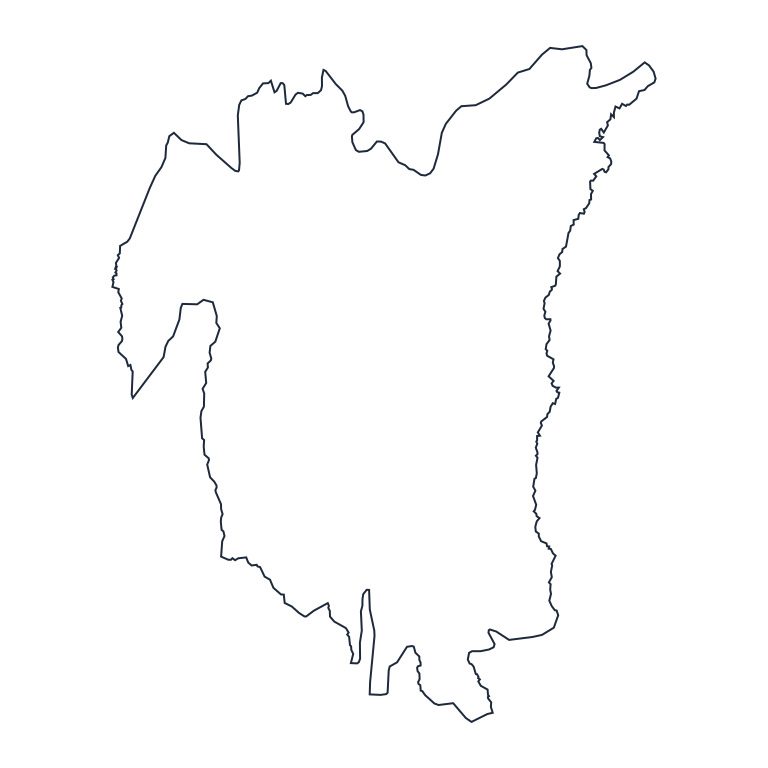 Kenge, Bandundu, Democratic Republic of the Congo (Robinson projection)
{"feature_id": "63176286B18264844623742", "entity_name": "Kenge", "entity_type": "district", "adm_level": 2, "iso_a3": "COD", "parent_name": "Democratic Republic of the Congo", "parent_adm1": "Bandundu", "projection": "robinson", "projection_center": [16.889, -5.103], "detail": "fine", "context": "isolated", "style": "outline", "palette": "slate", "viewbox_px": 768, "rotation_deg": 0, "n_neighbors": 0, "source": "geoboundaries", "source_scale": "gbopen_adm2", "svg_char_len": 6068}
<svg xmlns="http://www.w3.org/2000/svg" viewBox="0 0 768 768"><path d="M206.5,144.2L189.2,143.3L181.5,140.1L173.9,132.8L169.3,136.2L167.8,142.5L166.2,145.5L165.4,158.0L161.4,167.2L155.3,175.8L149.6,188.4L129.8,238.4L127.3,241.7L120.1,245.9L119.8,253.4L117.8,255.2L119.1,257.9L115.9,262.9L116.3,265.4L115.4,268.2L116.4,267.7L115.9,269.1L116.6,270.5L115.4,272.5L116.5,273.4L116.5,275.3L114.2,275.7L112.8,277.5L113.6,279.2L112.4,279.8L113.5,282.0L112.4,286.9L118.8,289.0L118.3,292.3L121.7,298.4L120.9,300.8L122.4,304.0L121.4,305.1L121.2,307.6L120.3,307.9L122.2,315.8L120.6,321.7L121.3,327.8L118.2,332.0L122.0,336.3L122.4,338.7L122.0,341.0L118.5,345.1L117.9,347.6L118.5,352.0L126.0,358.9L128.2,366.1L130.4,365.0L131.4,369.9L132.7,371.5L131.7,394.5L132.8,398.0L163.6,357.1L165.5,346.7L168.3,340.9L173.1,336.4L179.4,319.5L180.8,307.8L182.4,303.9L197.2,304.3L203.5,299.8L212.8,302.3L216.8,316.1L216.3,322.9L219.8,328.3L215.3,341.7L210.4,345.9L209.6,352.7L211.3,358.6L210.8,360.4L207.6,363.5L207.9,367.5L205.2,371.8L206.2,383.0L202.6,388.8L204.2,393.5L203.9,406.7L201.4,411.1L200.5,417.8L202.1,438.3L204.1,440.0L203.7,446.7L204.5,454.7L208.7,458.3L209.0,460.0L207.2,464.6L210.1,477.3L214.3,481.7L216.5,485.5L216.6,487.6L215.4,490.1L215.8,492.2L221.0,504.2L221.1,509.0L222.6,514.2L221.2,517.4L220.8,521.8L221.6,529.9L223.4,531.3L224.5,536.0L222.2,541.3L221.1,556.6L228.1,559.7L230.9,559.8L232.4,558.2L235.1,560.2L238.2,558.3L246.2,557.4L248.2,562.5L251.6,565.5L256.7,564.8L257.5,566.4L260.1,567.1L264.6,576.6L270.0,579.7L273.4,587.8L280.9,594.4L283.8,594.6L284.7,603.0L291.8,606.5L299.1,613.0L304.4,616.4L306.1,616.5L314.0,610.6L327.8,603.1L328.9,605.8L328.3,607.9L329.8,610.9L330.0,616.6L334.3,621.6L345.9,628.1L348.6,632.6L347.2,634.6L349.1,636.8L350.0,645.2L351.1,646.3L351.3,649.8L353.2,653.9L350.9,663.1L357.1,663.4L358.8,662.2L360.1,658.7L359.9,642.8L361.8,630.6L360.9,611.3L362.4,605.8L362.5,599.0L363.2,594.2L366.7,589.8L369.1,589.9L369.8,609.5L374.3,630.7L374.5,636.1L370.1,682.1L369.7,694.4L380.6,694.9L386.2,694.1L387.6,692.7L388.7,670.7L389.7,666.5L397.1,662.3L407.0,646.8L412.1,646.0L413.8,646.7L415.4,652.7L419.3,656.5L419.4,660.1L420.6,662.6L420.6,665.5L417.9,666.3L417.1,667.8L417.6,671.1L419.4,673.6L419.6,679.1L418.1,682.2L418.5,683.9L420.3,685.2L420.7,690.6L422.3,691.1L425.1,695.1L434.4,703.5L438.6,705.0L453.2,703.2L465.8,718.0L471.5,721.9L487.4,714.0L492.7,712.8L490.9,707.0L491.2,702.4L488.1,698.4L487.9,697.0L489.0,696.1L488.0,695.0L487.6,689.6L480.8,685.8L478.3,681.4L479.9,679.4L478.1,678.1L478.5,677.0L477.1,674.3L475.8,674.0L473.6,666.6L471.6,664.2L469.6,663.5L467.8,659.5L469.1,652.8L472.1,651.2L480.6,651.2L489.0,649.5L493.6,647.3L494.6,644.1L488.5,632.8L488.8,630.2L489.9,629.5L496.2,631.5L509.1,639.9L532.4,637.0L542.0,634.9L553.8,627.7L558.2,615.3L556.6,610.5L554.8,610.2L551.8,606.2L549.3,600.7L551.0,593.9L550.2,589.7L550.6,584.2L548.9,582.4L551.8,577.2L550.9,571.9L552.2,565.3L551.6,563.9L555.6,555.7L553.0,553.4L550.8,548.9L548.7,548.7L549.2,546.5L547.1,546.3L546.5,543.4L541.1,541.2L538.8,536.5L538.8,533.6L535.8,531.5L535.3,527.0L536.0,524.0L536.8,521.3L539.5,518.1L536.6,516.1L536.3,513.8L533.7,511.3L535.0,509.8L536.2,504.7L533.0,496.0L535.4,490.7L533.2,486.7L534.5,478.7L535.9,478.0L536.8,473.2L536.1,465.0L537.5,457.7L535.9,455.7L537.4,454.3L537.5,452.6L535.8,447.6L537.3,443.7L536.3,441.6L537.1,440.2L537.1,436.0L539.9,435.7L537.8,432.4L541.9,425.6L540.8,423.0L541.2,421.5L547.1,416.9L547.4,414.1L549.7,411.8L550.6,406.7L552.8,403.2L555.1,404.0L556.2,398.9L558.0,397.8L559.3,392.7L557.3,392.2L556.5,390.9L558.8,387.6L555.9,387.6L552.6,385.8L551.6,383.4L553.6,380.9L548.6,376.3L553.9,368.1L554.1,366.4L552.8,362.6L553.5,359.3L547.1,355.7L546.5,353.4L547.3,350.8L545.7,349.1L546.5,344.2L549.6,340.0L549.0,336.3L550.6,330.6L548.6,323.6L550.5,320.5L550.4,319.2L546.3,319.3L544.8,318.0L544.3,315.5L545.4,311.8L543.5,308.8L544.6,303.3L543.9,301.0L545.4,297.6L548.8,294.9L549.9,291.5L551.5,290.2L552.0,289.1L551.3,287.1L555.1,285.8L555.8,284.6L556.4,276.6L560.1,273.6L557.6,271.1L559.8,266.5L559.9,264.5L559.8,260.8L557.9,258.1L559.5,254.3L562.2,252.0L562.5,249.0L566.0,246.6L568.5,233.0L570.2,230.6L570.8,226.0L573.7,224.6L573.6,220.1L578.3,218.8L578.7,215.0L579.9,213.0L583.9,213.7L584.6,212.1L583.8,209.2L586.0,208.1L589.2,203.4L589.5,200.0L591.1,199.5L591.0,194.1L592.8,190.8L590.4,189.1L590.1,181.6L590.9,180.6L593.1,180.7L596.3,176.3L594.1,173.9L602.3,168.9L603.7,169.6L604.6,171.8L606.1,172.3L608.4,169.3L608.5,167.0L611.1,164.1L611.3,161.5L610.1,158.4L607.6,157.1L608.9,155.4L604.5,150.4L604.6,144.1L603.6,142.9L594.3,141.9L596.2,138.3L598.0,138.0L599.9,140.1L603.0,137.1L599.8,136.2L599.2,132.6L599.8,129.7L601.2,128.8L603.8,132.5L607.9,125.4L607.1,122.2L610.4,119.3L611.1,114.3L613.9,117.1L613.9,112.6L615.5,106.5L619.5,108.4L622.1,103.8L625.9,106.0L627.3,104.5L629.1,104.8L636.5,98.7L639.0,91.2L644.5,90.0L647.9,86.1L654.3,82.4L655.6,78.6L653.6,71.6L649.0,65.4L644.7,62.4L633.3,71.7L619.9,79.9L606.0,85.3L596.0,88.0L591.3,88.1L589.5,87.2L587.2,83.7L589.4,75.7L589.9,69.9L591.4,67.9L590.8,63.2L586.6,55.3L586.4,50.0L582.4,46.1L562.0,49.3L550.1,47.9L541.9,54.7L529.4,69.0L517.8,72.6L506.4,84.4L489.4,98.6L475.7,105.2L461.4,106.2L456.1,110.7L445.8,123.9L441.8,132.9L438.0,154.2L433.6,168.7L430.1,173.3L425.3,175.5L420.9,174.9L413.5,169.8L409.3,169.1L405.2,165.2L398.5,162.3L385.1,143.4L381.0,141.6L376.9,141.5L371.0,148.7L367.2,151.0L358.9,151.8L355.9,150.1L352.4,142.3L351.9,136.6L352.3,134.9L359.1,129.1L363.6,122.2L363.5,114.6L362.4,111.3L360.0,110.1L354.1,112.3L351.7,112.3L350.7,111.3L348.1,106.2L345.2,95.8L342.3,90.6L335.8,84.1L325.7,71.0L323.5,69.9L321.9,77.6L322.0,86.1L321.0,90.2L317.8,93.1L313.1,93.1L310.7,94.9L306.7,95.1L305.3,96.2L302.7,93.6L298.0,92.8L295.6,94.5L290.7,102.5L288.3,104.0L286.0,103.8L284.3,85.1L282.6,83.1L280.7,83.1L276.7,90.8L274.5,92.3L270.9,80.7L268.4,83.1L263.0,83.4L259.2,88.2L257.2,92.7L251.9,95.6L248.0,96.2L245.4,99.0L241.4,100.4L239.2,104.9L237.8,115.4L239.7,162.8L239.0,170.4L238.2,171.4L235.3,170.9L231.5,168.1L216.3,154.7L206.5,144.2Z" fill="none" stroke="#1e293b" stroke-width="2"/></svg>